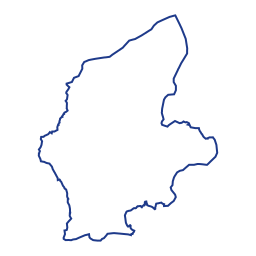 outline of Kakata, Margibi, Liberia
{"feature_id": "62588387B63407074353739", "entity_name": "Kakata", "entity_type": "district", "adm_level": 2, "iso_a3": "LBR", "parent_name": "Liberia", "parent_adm1": "Margibi", "projection": "natural_earth1", "projection_center": [-10.265, 6.691], "detail": "fine", "context": "isolated", "style": "outline", "palette": "blue", "viewbox_px": 256, "rotation_deg": 0, "n_neighbors": 0, "source": "geoboundaries", "source_scale": "gbopen_adm2", "svg_char_len": 5463}
<svg xmlns="http://www.w3.org/2000/svg" viewBox="0 0 256 256"><path d="M167.9,205.9L170.8,203.2L173.7,201.0L175.8,197.1L175.5,196.0L175.1,194.6L171.8,190.5L171.4,190.0L170.7,187.4L172.5,185.1L172.8,181.3L174.0,177.4L174.2,177.1L174.6,176.3L177.1,172.4L179.8,170.8L183.0,170.1L185.7,167.7L189.1,164.8L194.0,164.8L197.5,164.0L199.2,164.0L201.5,164.2L202.5,164.3L206.4,164.8L207.1,164.8L208.1,163.9L210.1,161.9L215.5,156.7L215.7,156.2L216.0,155.5L217.2,152.8L216.4,144.9L214.7,139.7L213.2,137.8L212.9,137.3L212.0,137.4L211.8,137.4L211.3,137.4L210.0,137.4L209.4,137.4L209.1,137.6L207.6,138.2L207.3,138.3L207.4,138.6L207.1,138.6L206.7,138.5L206.3,138.6L206.1,138.6L205.7,138.7L203.7,137.0L202.7,135.5L202.7,135.4L202.4,134.8L202.2,134.3L201.8,134.0L201.6,133.9L200.8,132.5L200.4,131.8L200.1,131.5L199.9,131.2L199.1,129.4L199.0,128.5L198.9,128.1L198.2,128.1L196.8,128.1L195.9,128.1L195.7,128.1L195.2,128.1L190.7,127.3L189.7,125.1L188.1,124.7L189.2,124.0L188.9,123.2L187.0,122.2L186.5,122.1L186.0,122.3L185.3,122.3L183.5,121.5L182.9,122.0L181.5,122.9L180.9,122.9L180.7,122.9L179.8,123.2L179.0,122.9L177.8,122.3L175.4,121.2L175.0,121.0L170.6,123.9L169.9,124.4L168.6,125.3L167.5,126.6L164.9,125.8L162.1,124.8L162.0,124.4L161.5,123.2L161.7,122.4L161.8,122.0L162.0,121.4L163.6,119.3L162.8,116.3L162.6,115.8L162.1,114.0L161.8,112.8L161.9,112.0L162.0,111.3L162.0,110.2L162.2,108.5L162.2,108.3L162.3,108.0L162.3,107.9L162.5,107.0L163.4,102.5L163.6,101.5L164.0,99.6L165.3,97.5L165.3,97.4L167.5,95.4L168.2,94.8L174.1,94.3L175.9,90.2L175.9,88.1L175.9,85.8L173.7,82.1L173.7,78.6L177.8,70.1L178.2,69.1L178.8,68.1L179.0,67.7L181.2,63.2L183.0,60.3L187.1,53.5L187.1,51.1L187.2,48.3L185.7,38.8L181.5,28.2L180.3,25.7L179.8,24.6L175.3,15.4L174.7,15.5L169.6,16.9L167.1,18.0L166.2,18.4L162.6,20.0L157.4,22.4L155.1,24.5L153.9,25.6L151.4,29.3L149.4,30.5L141.5,35.5L136.4,38.3L135.2,39.0L132.4,39.7L129.2,40.6L123.8,46.5L122.9,47.6L113.1,54.2L112.3,54.7L112.1,54.9L109.7,56.8L106.1,57.3L104.0,57.5L95.4,58.8L91.1,59.6L88.7,60.1L86.2,61.2L84.2,62.0L82.6,64.7L82.2,65.3L82.3,68.3L82.3,68.8L82.1,69.2L78.6,76.1L76.2,77.0L75.9,77.1L74.0,77.8L71.9,82.0L66.6,83.6L66.6,84.6L68.2,86.2L68.4,86.4L69.2,87.0L69.4,87.2L68.3,89.3L66.5,91.8L66.2,93.0L66.4,93.3L66.8,93.8L67.5,94.8L67.6,95.0L67.0,99.2L65.8,100.8L65.7,100.9L66.0,101.2L66.5,102.2L66.9,102.9L66.9,103.1L66.9,103.9L66.9,104.7L66.8,105.6L66.8,105.8L66.8,107.5L66.7,108.4L66.8,108.5L67.6,110.6L66.4,111.6L66.0,111.9L65.7,112.0L64.5,112.6L64.3,112.8L64.0,113.5L64.1,114.0L63.3,114.3L63.1,115.0L62.1,116.3L62.4,116.9L61.3,117.4L60.1,118.6L60.0,119.5L59.4,121.5L59.6,122.6L58.8,123.3L58.5,124.2L58.6,124.8L58.1,124.8L57.3,127.2L57.5,129.9L56.8,130.3L56.3,130.5L56.0,130.7L54.5,131.5L54.3,131.5L52.2,131.5L51.7,133.3L49.9,132.1L48.5,133.9L48.2,134.2L46.5,135.0L46.3,135.1L45.4,135.5L44.9,135.7L44.6,135.8L43.6,136.8L41.2,136.9L41.0,138.1L40.8,138.9L40.8,139.1L41.7,140.6L42.1,141.3L42.0,141.6L41.6,144.2L41.5,144.9L40.5,147.4L38.9,149.5L39.9,151.1L39.6,151.6L39.2,153.2L39.1,153.6L38.9,153.6L38.9,154.1L38.8,155.7L39.1,156.3L39.6,157.4L40.2,158.6L40.3,158.8L40.3,159.0L40.5,159.4L40.8,160.9L40.9,161.3L41.5,161.4L43.5,161.8L44.0,161.8L45.7,162.6L46.6,163.0L47.1,163.1L49.5,163.6L50.1,164.5L50.4,164.8L51.0,165.5L51.9,166.6L52.0,166.9L52.5,168.3L52.6,168.9L54.5,172.3L54.8,172.7L55.6,174.3L56.2,175.3L56.3,175.6L57.6,177.9L57.8,180.1L58.4,179.9L59.5,179.5L60.1,180.2L60.3,181.0L60.8,181.4L61.2,181.8L62.5,184.7L63.0,185.8L63.9,186.9L64.4,187.6L64.5,188.4L65.1,188.9L65.9,189.3L66.2,189.6L66.2,189.9L66.4,190.5L66.8,191.7L67.2,193.4L67.2,193.5L67.1,196.1L67.4,197.4L67.8,198.0L68.3,198.9L67.8,199.2L67.8,200.4L67.7,202.0L67.8,202.2L67.8,202.5L68.0,202.9L69.3,205.3L69.8,207.9L70.0,209.1L70.0,209.7L70.0,211.1L70.2,212.4L69.9,212.5L69.8,213.1L70.1,213.3L69.9,214.3L69.8,214.5L69.7,215.1L69.8,216.1L70.1,216.7L70.9,218.1L71.2,218.6L70.7,219.2L69.3,220.7L68.9,221.1L66.9,223.5L67.3,227.5L66.9,229.5L66.7,230.0L66.3,230.1L65.7,230.2L65.2,230.4L64.5,230.5L65.0,234.1L63.6,237.8L63.7,238.9L65.6,240.1L68.6,240.0L71.2,240.2L73.0,239.5L75.1,239.2L76.0,239.1L78.8,237.8L85.0,235.2L86.8,234.8L89.0,234.2L89.5,237.4L90.6,238.6L91.0,238.8L93.1,240.1L94.6,240.3L97.4,240.6L100.6,240.6L102.1,238.9L103.9,238.2L106.0,235.8L106.8,234.8L107.5,233.8L112.7,233.2L114.1,233.1L119.9,233.6L125.0,234.1L128.2,234.4L130.9,235.1L130.9,234.8L131.0,234.3L131.2,234.2L131.6,233.9L132.6,234.0L132.7,233.8L132.9,233.0L133.3,232.5L134.0,231.7L134.3,230.7L132.2,229.8L131.2,228.8L130.7,228.2L130.6,227.7L130.4,227.0L130.7,225.9L130.4,225.4L130.2,225.2L129.6,225.4L128.9,226.2L128.1,226.6L127.2,225.6L126.0,223.0L125.9,222.7L125.3,218.1L125.0,216.1L125.0,215.9L124.9,215.3L126.4,211.9L126.9,211.4L127.9,211.1L128.3,210.9L129.0,210.8L130.7,210.5L132.6,209.1L132.9,208.8L134.1,208.1L135.3,208.3L136.1,208.0L137.0,206.7L137.5,206.6L137.8,206.2L138.8,206.2L139.3,206.1L140.0,206.0L140.7,206.0L141.4,207.0L141.6,207.2L141.8,207.3L142.6,206.2L143.7,205.1L144.4,205.4L144.6,205.2L145.0,204.4L144.7,203.4L144.9,202.0L145.3,201.6L146.1,201.9L146.2,202.2L146.4,202.0L146.6,203.0L147.1,204.2L147.0,204.6L147.2,205.2L148.8,205.9L150.8,206.4L151.5,206.7L151.8,206.8L152.8,207.4L153.7,208.3L154.5,209.0L154.8,209.2L155.1,209.0L155.3,208.8L155.2,207.5L155.7,206.1L155.8,205.3L156.2,203.7L157.0,203.5L158.3,203.3L159.9,202.9L161.0,202.7L161.3,202.6L162.7,203.8L163.8,204.0L164.2,204.2L163.9,205.3L164.0,206.1L166.6,205.9L167.1,205.9L167.9,205.9Z" fill="none" stroke="#1e3a8a" stroke-width="2"/></svg>